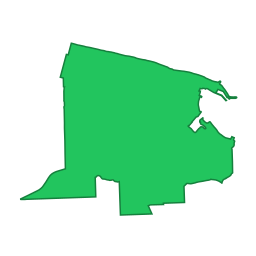 outline of Bunbury, Western Australia, Australia, rotated 88°
{"feature_id": "25037944B68706686187302", "entity_name": "Bunbury", "entity_type": "district", "adm_level": 2, "iso_a3": "AUS", "parent_name": "Australia", "parent_adm1": "Western Australia", "projection": "natural_earth1", "projection_center": [115.658, -33.355], "detail": "fine", "context": "isolated", "style": "filled", "palette": "green", "viewbox_px": 256, "rotation_deg": 88, "n_neighbors": 0, "source": "geoboundaries", "source_scale": "gbopen_adm2", "svg_char_len": 5399}
<svg xmlns="http://www.w3.org/2000/svg" viewBox="0 0 256 256"><g transform="rotate(88 128 128)"><path d="M141.4,22.2L140.8,23.6L140.3,24.5L142.7,25.9L142.3,26.9L141.6,29.4L141.3,30.5L140.9,31.4L139.4,33.5L137.9,35.3L137.0,36.6L136.0,37.5L135.1,38.2L134.8,38.5L133.4,39.2L133.1,39.4L131.2,40.8L130.5,41.5L129.7,42.1L127.4,43.9L125.6,45.1L124.8,45.7L124.7,45.8L124.7,46.4L125.6,47.7L125.8,48.7L125.8,49.1L125.3,50.0L124.8,50.7L124.1,51.4L123.4,52.1L122.6,52.6L121.8,53.3L121.3,53.4L121.1,53.3L120.7,52.7L120.5,52.9L122.5,55.7L123.7,56.1L124.6,56.0L124.6,55.4L125.1,55.3L126.0,55.4L126.4,55.3L126.6,55.1L126.8,54.9L127.7,53.1L128.1,52.5L129.8,50.8L130.1,50.6L130.3,50.5L130.5,50.5L130.9,50.2L131.1,50.2L131.3,50.4L131.5,50.8L131.5,51.0L131.4,51.3L131.3,51.5L131.2,51.8L130.6,52.4L129.9,53.0L129.5,53.6L129.4,53.8L129.4,55.2L129.6,55.6L130.4,56.2L131.0,57.1L131.7,57.8L132.9,58.9L134.1,59.8L134.8,60.8L134.9,61.1L134.7,61.6L134.0,62.5L133.8,62.7L133.2,63.2L131.2,64.7L130.9,64.9L129.2,67.0L128.4,67.8L128.1,67.8L127.9,67.7L127.6,67.2L127.8,66.9L124.5,63.8L124.3,64.0L119.4,59.5L118.9,57.7L114.5,54.3L114.1,54.6L114.3,55.1L113.7,55.8L112.7,56.1L109.5,56.6L107.6,56.9L106.5,56.9L104.8,56.7L103.5,56.5L102.4,56.1L99.9,55.2L99.6,55.0L99.5,54.8L99.4,54.5L99.9,53.5L99.1,53.2L98.8,53.5L98.0,55.7L96.9,55.3L96.1,55.0L94.5,54.5L94.1,54.5L93.7,54.4L93.5,55.7L93.1,55.5L92.8,55.5L92.5,55.3L92.1,55.0L91.0,54.5L91.2,54.1L91.3,54.0L91.3,53.9L91.3,53.7L91.2,52.1L90.9,51.9L91.1,50.5L91.2,50.1L91.8,49.2L91.7,49.1L91.5,48.9L91.3,48.6L91.3,48.4L91.4,47.6L91.5,47.1L91.7,46.7L91.9,46.6L95.4,41.2L99.0,33.4L104.1,29.2L103.9,28.7L98.5,33.2L95.9,39.2L95.8,39.3L95.6,39.5L95.5,39.0L95.4,38.7L95.0,38.3L92.6,36.8L94.8,31.5L100.9,28.0L100.7,27.5L101.0,27.6L101.2,27.3L101.3,26.9L101.5,26.7L102.2,26.3L102.6,25.7L102.5,25.4L102.3,25.3L101.7,25.4L101.5,25.2L101.8,24.8L101.9,23.9L102.0,21.9L102.1,19.9L102.1,19.5L101.8,18.8L101.7,18.5L101.5,18.4L101.4,18.3L101.1,18.4L100.9,18.5L100.7,19.1L100.7,21.9L100.5,24.2L100.4,24.6L100.2,25.3L99.8,25.9L99.6,26.1L99.1,26.5L98.9,26.6L97.7,27.1L96.9,27.5L96.2,28.0L93.2,29.8L92.6,30.2L91.9,30.8L91.2,31.3L90.1,32.0L89.2,32.6L88.8,32.9L88.2,33.6L87.9,34.2L87.6,34.8L87.1,34.9L86.9,34.9L85.5,33.9L85.0,33.8L84.8,33.8L84.6,33.9L84.4,34.2L84.4,34.6L84.5,34.8L85.0,35.6L85.5,36.2L85.0,38.2L84.6,40.0L83.9,42.2L83.2,43.5L83.0,43.8L82.4,45.3L82.3,45.5L81.6,46.8L81.0,48.2L80.6,48.9L79.8,49.8L79.2,51.2L78.7,52.3L78.4,53.1L77.2,56.2L77.0,57.0L76.6,58.1L76.0,60.4L75.4,61.9L75.0,62.9L74.3,65.1L74.0,66.7L73.5,69.0L73.2,70.5L73.1,71.5L72.6,74.6L71.6,80.4L71.2,81.1L70.8,81.5L70.5,82.5L70.3,83.2L70.3,83.5L70.1,84.1L69.9,84.4L69.7,84.8L69.0,85.9L68.7,86.1L68.5,86.5L68.3,87.0L67.7,88.6L67.2,89.7L66.0,92.8L65.1,95.0L63.9,97.5L63.0,99.9L61.8,104.1L61.2,106.7L60.6,108.4L60.1,111.3L59.3,114.5L58.6,117.0L57.9,118.4L57.7,119.0L57.4,119.8L56.8,122.4L56.4,123.9L56.3,124.3L55.9,126.9L55.7,128.1L54.6,131.9L53.9,134.3L53.2,136.2L52.9,137.5L52.6,138.5L52.3,139.2L51.7,141.7L51.5,142.2L51.3,143.7L51.0,144.8L50.8,146.5L50.7,147.0L49.8,149.5L49.3,152.2L49.1,152.9L48.6,154.4L48.1,156.2L47.4,158.9L47.3,159.3L46.3,163.0L45.7,165.7L45.5,166.9L44.7,169.3L44.2,171.4L43.6,173.8L43.4,174.9L43.0,176.3L42.7,177.0L42.4,178.0L42.1,178.9L41.5,180.9L41.3,181.7L52.8,185.2L52.3,187.0L74.9,193.9L75.8,190.9L84.5,191.0L84.8,190.1L85.1,190.4L86.0,190.4L89.0,190.8L96.9,191.0L97.6,191.0L98.3,191.1L98.8,191.1L99.7,190.7L103.6,190.7L103.9,190.8L104.4,191.2L105.0,191.3L106.2,191.2L106.9,191.1L120.6,191.3L125.9,191.5L138.7,191.5L152.1,191.8L166.6,192.0L169.0,201.0L169.8,203.1L170.9,205.2L171.4,205.9L172.0,206.6L172.5,207.2L173.2,207.8L175.0,209.2L179.1,211.9L182.2,214.2L183.9,215.5L185.1,216.8L186.6,218.8L187.5,220.6L194.4,236.0L195.1,237.7L195.6,237.7L195.7,237.4L195.8,233.1L195.7,232.9L195.7,162.6L176.2,162.5L175.9,161.6L175.3,161.2L175.1,160.9L174.6,160.1L174.5,159.9L174.5,159.6L174.6,158.7L175.0,157.9L175.1,157.7L175.6,157.2L176.5,156.6L177.5,155.9L177.9,155.4L178.1,155.0L178.1,154.8L178.2,153.8L178.2,153.4L178.8,151.4L179.1,150.7L179.2,149.6L179.2,149.3L179.4,149.0L179.6,148.3L179.7,148.0L179.6,146.8L179.6,146.6L179.4,145.9L179.3,144.9L179.4,144.7L179.7,144.3L180.3,143.8L180.5,143.5L181.0,142.9L181.1,142.6L181.1,142.2L181.1,141.5L181.3,141.3L181.4,141.0L181.5,140.7L181.5,140.3L181.5,139.5L181.3,138.6L214.7,138.6L214.7,107.1L206.4,110.5L205.8,108.9L205.6,108.3L205.7,95.2L205.3,95.3L204.4,95.3L204.4,74.1L188.2,74.1L186.0,71.7L185.9,71.7L185.7,71.6L185.5,71.2L185.5,70.4L185.9,67.6L185.9,67.0L185.8,66.2L185.2,63.1L185.0,62.1L184.8,61.9L184.3,59.2L183.8,55.2L183.2,51.6L182.9,49.1L182.6,47.7L182.2,47.2L182.1,46.9L182.3,46.5L182.4,46.1L182.5,45.3L182.6,44.3L182.8,43.3L182.9,42.5L183.1,41.8L183.4,41.0L184.1,39.4L184.3,39.0L185.9,36.6L186.3,36.3L186.3,36.1L185.6,36.0L185.4,35.8L185.1,35.7L184.7,35.6L184.0,35.2L183.2,34.7L182.5,33.7L182.4,33.4L182.3,33.2L182.2,32.7L182.1,32.4L181.9,32.3L181.7,32.2L181.6,31.8L181.7,31.7L181.4,31.2L181.0,30.8L180.9,30.6L180.9,30.4L180.6,30.0L180.5,29.6L179.6,28.0L178.6,26.8L178.3,26.7L178.1,26.6L177.1,26.0L176.9,25.7L176.8,25.4L176.7,25.2L176.4,25.0L175.6,25.0L165.3,24.8L153.1,24.8L152.8,24.9L152.5,25.1L151.9,25.1L151.7,25.0L151.0,24.3L150.3,23.4L150.0,23.1L149.0,22.6L148.2,22.5L147.1,22.5L146.4,22.4L145.2,21.9L144.8,21.9L144.7,21.9L144.6,22.0L144.4,22.3L144.0,22.7L143.8,22.9L143.4,22.9L141.4,22.2Z" fill="#22c55e" stroke="#15803d" stroke-width="1.5"/></g></svg>